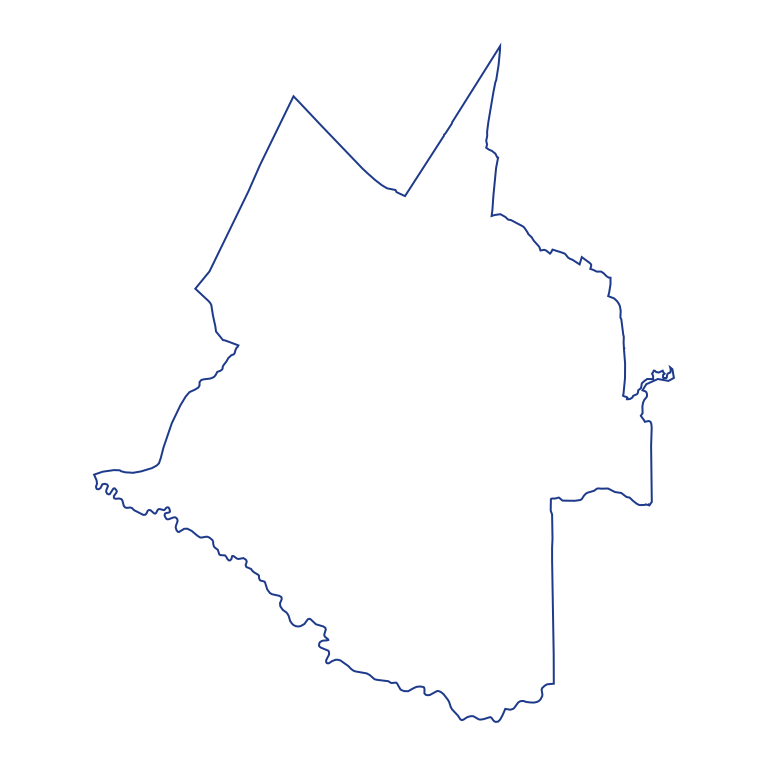 the district of Milagro, Guayas, Ecuador
{"feature_id": "8360857B82263990527647", "entity_name": "Milagro", "entity_type": "district", "adm_level": 2, "iso_a3": "ECU", "parent_name": "Ecuador", "parent_adm1": "Guayas", "projection": "albers", "projection_center": [-79.569, -2.106], "detail": "fine", "context": "isolated", "style": "outline", "palette": "blue", "viewbox_px": 768, "rotation_deg": 0, "n_neighbors": 0, "source": "geoboundaries", "source_scale": "gbopen_adm2", "svg_char_len": 6112}
<svg xmlns="http://www.w3.org/2000/svg" viewBox="0 0 768 768"><path d="M298.7,101.7L293.5,96.3L260.0,165.0L248.4,191.4L209.5,271.4L195.3,288.7L208.6,301.1L210.3,303.1L211.3,305.0L213.0,315.7L215.4,326.7L216.0,331.5L222.9,340.0L225.3,340.5L238.4,345.4L237.5,347.1L236.5,347.8L235.4,350.3L234.7,353.0L233.9,354.3L231.4,355.2L228.4,358.0L226.5,361.3L223.4,365.4L222.7,366.8L222.6,368.6L222.0,369.6L220.3,370.8L217.3,371.9L215.5,375.2L214.2,376.8L211.9,378.0L209.8,378.6L203.4,379.4L201.3,380.0L199.6,382.0L199.5,385.6L198.3,387.6L194.8,389.7L189.5,392.1L185.8,396.4L180.5,405.1L171.8,423.2L163.5,447.5L160.8,457.9L159.0,463.3L156.6,465.6L152.0,468.1L141.1,471.4L133.1,472.8L125.2,472.3L121.0,471.2L119.8,470.3L113.9,470.1L102.7,471.7L95.4,474.2L94.1,474.7L96.6,480.4L97.0,483.8L96.0,486.6L96.3,488.1L96.9,489.0L98.7,489.3L100.5,488.0L102.4,484.3L104.8,483.8L107.1,484.5L108.0,485.9L106.2,490.6L106.2,491.9L107.2,493.7L108.8,494.4L109.8,494.1L113.3,488.7L114.1,488.3L114.9,488.5L116.5,490.4L116.8,491.4L116.4,492.6L113.9,496.0L113.9,497.8L114.3,498.3L115.6,498.8L119.1,498.5L121.4,499.1L122.4,500.5L123.8,505.9L125.1,507.4L126.8,507.9L130.3,507.5L131.9,508.0L134.1,510.2L143.3,514.9L145.4,514.7L146.7,513.1L147.6,510.9L148.9,510.0L150.5,510.2L154.0,513.3L155.3,513.6L156.2,512.8L157.7,509.9L158.7,509.1L159.9,509.1L163.9,510.1L164.5,509.9L166.4,507.7L167.6,507.3L168.5,507.5L169.3,508.6L170.0,511.3L169.9,511.8L169.0,512.5L166.1,513.1L165.0,513.6L164.6,515.0L164.9,516.5L166.2,518.6L167.2,519.3L168.8,519.2L173.6,517.4L175.1,517.3L176.4,518.0L177.3,519.3L177.6,521.1L175.8,526.2L175.7,527.5L176.4,529.9L177.7,531.7L179.0,532.0L184.2,528.8L187.3,528.7L191.7,530.9L197.5,535.8L199.9,537.3L201.2,537.6L206.3,536.7L207.6,536.8L209.6,537.7L212.5,540.2L213.1,541.5L213.2,543.7L213.9,546.5L215.1,547.8L217.8,549.8L219.3,554.4L220.3,555.1L225.0,555.4L226.1,556.6L227.6,559.3L229.1,560.5L230.2,560.3L231.4,559.1L232.1,556.2L232.4,556.0L233.6,556.1L236.6,558.4L238.3,559.0L243.4,558.1L245.6,559.5L246.4,560.4L246.7,561.9L245.7,564.7L245.7,565.5L246.4,567.0L251.1,569.0L252.1,570.5L253.7,572.1L258.2,574.8L258.9,575.6L259.1,578.4L259.9,580.0L260.3,580.5L264.2,581.5L265.0,582.3L267.2,589.3L269.8,592.9L272.0,594.2L279.2,595.8L281.3,597.0L281.7,598.2L281.6,599.5L280.0,603.2L280.3,606.3L282.9,610.0L286.0,612.1L287.3,613.5L288.7,616.0L290.2,621.1L291.9,623.5L293.4,625.0L295.8,626.2L296.9,626.3L298.5,626.5L300.6,626.1L304.4,624.0L307.8,619.3L309.2,618.8L310.5,619.2L316.0,624.3L323.2,626.4L325.3,627.8L325.8,629.5L324.3,634.4L324.3,635.4L324.9,636.7L328.2,639.4L328.3,640.0L326.9,640.4L323.1,640.6L321.6,641.1L319.9,642.2L319.3,643.3L319.0,645.5L319.3,646.4L321.0,647.7L328.1,650.6L328.6,651.1L329.0,652.0L329.1,654.5L326.3,659.9L326.1,661.8L326.7,663.0L328.1,663.4L329.3,663.0L332.3,661.0L336.0,659.7L338.1,659.8L340.5,660.5L348.4,666.1L351.0,668.9L353.7,670.8L355.4,671.4L366.7,673.4L369.7,675.0L374.5,679.2L377.4,679.9L388.3,681.2L390.8,682.8L391.8,683.0L396.1,682.6L397.1,683.5L400.3,689.2L401.3,690.0L404.2,691.1L408.2,691.2L413.7,688.1L416.7,686.8L420.3,686.5L422.9,686.9L424.1,687.5L424.5,689.2L424.4,693.2L425.3,694.4L426.3,695.0L427.8,695.2L429.8,695.0L437.0,691.1L438.3,691.0L440.7,691.9L443.5,694.1L447.9,699.8L449.1,701.9L450.7,706.8L452.0,709.3L458.0,715.7L460.1,719.0L461.5,720.1L463.4,719.7L467.0,717.3L468.7,716.7L470.6,716.2L472.8,716.2L473.7,716.4L478.7,719.3L480.2,719.6L483.4,719.2L490.2,717.1L491.4,717.7L493.5,720.6L494.6,721.5L495.7,721.9L498.2,721.6L500.2,719.5L502.6,715.1L505.3,708.9L510.3,709.7L512.8,709.0L514.2,708.0L518.2,702.5L520.2,701.3L521.4,701.0L523.6,701.0L526.4,702.0L531.0,702.5L534.6,702.5L537.4,701.8L539.0,700.9L540.5,699.4L542.2,696.2L542.4,694.6L541.6,689.6L542.1,688.2L544.7,685.7L547.1,684.3L553.8,683.7L553.7,655.0L552.1,560.3L552.1,547.4L552.5,538.8L552.1,514.5L550.8,511.0L550.7,509.6L550.9,499.1L552.0,498.5L555.3,498.5L558.5,497.6L559.1,497.7L562.5,500.6L574.7,500.8L580.0,500.1L581.7,499.2L583.8,495.9L585.6,493.9L587.2,492.8L594.3,490.7L596.8,488.7L598.6,488.4L601.5,488.7L608.0,488.5L614.9,492.0L621.3,493.0L626.5,497.0L629.6,497.6L633.1,500.9L636.7,503.7L639.0,504.9L640.2,505.1L645.0,504.9L645.7,504.4L648.8,505.2L649.0,504.6L649.6,505.1L651.8,501.9L651.1,446.0L651.7,427.6L651.3,423.7L650.4,421.7L648.7,421.0L644.8,421.8L644.1,420.3L640.8,415.8L642.6,413.2L642.4,406.2L643.1,402.6L644.4,399.7L646.4,397.4L647.0,396.1L647.0,394.4L646.5,392.4L645.5,391.4L642.5,390.3L646.3,384.2L657.9,379.0L668.5,380.9L673.9,377.9L672.4,369.2L670.2,367.4L670.7,369.3L670.5,371.9L670.3,372.5L668.1,373.4L667.3,374.3L666.7,377.6L666.4,378.0L663.5,378.0L663.0,377.4L663.1,374.9L664.6,373.7L663.3,372.3L662.7,370.7L658.7,372.5L656.3,372.1L654.9,370.8L653.8,370.6L653.0,372.4L652.0,373.6L653.1,375.9L653.1,379.1L647.2,379.0L644.8,380.7L642.3,382.8L641.8,383.6L641.0,388.1L638.3,390.2L637.9,392.8L637.0,394.2L633.2,395.8L632.4,397.5L630.0,399.0L627.0,399.3L626.8,399.0L627.5,397.9L626.7,397.0L624.3,396.4L623.0,395.7L623.5,393.8L625.0,378.2L625.1,363.4L623.9,348.5L624.3,348.3L623.9,347.4L623.6,342.7L623.8,337.0L623.2,334.3L621.3,319.2L620.4,317.5L620.7,310.8L619.9,306.2L618.7,303.5L616.8,300.9L614.1,298.4L608.2,296.1L609.1,292.8L610.5,284.4L610.5,277.7L608.7,277.6L606.4,276.1L603.7,273.3L601.1,271.6L596.7,271.6L593.3,269.9L590.3,268.9L591.2,266.0L591.1,264.4L589.9,263.1L581.8,257.1L579.6,264.4L572.2,259.6L570.1,258.9L568.0,257.5L565.3,254.1L564.5,253.5L560.5,252.1L552.5,249.6L551.1,252.4L550.0,253.6L546.1,250.5L544.1,249.8L540.5,250.5L539.3,246.9L533.7,240.6L531.7,237.3L528.3,234.1L527.6,232.5L524.3,227.6L522.9,226.4L511.0,220.1L508.1,219.6L505.4,217.0L500.4,214.2L494.7,215.0L491.6,216.0L492.4,210.1L493.4,195.6L496.1,167.9L498.1,157.6L497.2,157.3L495.4,153.7L491.9,150.9L488.9,149.6L486.2,147.7L487.1,144.5L486.2,140.9L487.2,135.9L487.1,131.7L488.4,121.8L493.4,92.2L495.4,82.1L496.2,80.1L498.6,64.9L500.0,50.1L500.1,46.1L452.2,122.2L451.7,123.8L445.3,133.6L444.1,134.7L443.9,135.8L405.0,196.1L396.6,192.2L395.4,190.0L387.0,188.3L381.7,185.1L375.1,180.0L367.3,173.1L362.4,168.5L320.6,124.9L298.9,101.9L299.4,101.5L298.7,101.7Z" fill="none" stroke="#1e3a8a" stroke-width="2"/></svg>